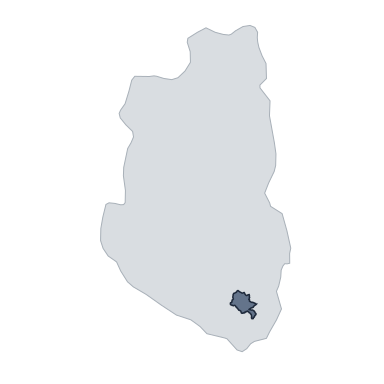 Gakiling, Ha, Bhutan shown in context, rotated 266°
{"feature_id": "84629894B40252407393905", "entity_name": "Gakiling", "entity_type": "district", "adm_level": 2, "iso_a3": "BTN", "parent_name": "Bhutan", "parent_adm1": "Ha", "projection": "natural_earth1", "projection_center": [89.208, 27.137], "detail": "fine", "context": "in_parent", "style": "filled", "palette": "slate", "viewbox_px": 384, "rotation_deg": 266, "n_neighbors": 0, "source": "geoboundaries", "source_scale": "gbopen_adm2", "svg_char_len": 5470}
<svg xmlns="http://www.w3.org/2000/svg" viewBox="0 0 384 384"><g transform="rotate(266 192 192)"><path d="M310.5,162.2L309.9,164.9L307.2,171.9L305.5,179.7L307.0,186.0L313.2,193.5L321.5,199.5L332.1,200.0L341.7,197.7L345.6,198.6L351.0,208.7L354.8,217.4L349.7,226.3L347.0,234.2L346.0,239.8L346.7,242.2L349.8,246.7L353.5,254.4L354.1,261.5L351.8,266.2L346.8,268.6L341.5,267.9L337.1,268.0L331.6,268.8L323.0,271.4L315.0,274.8L300.0,274.2L293.9,267.2L291.1,267.1L277.5,276.2L262.6,274.6L235.5,277.6L224.2,278.4L212.6,277.3L206.7,275.4L195.7,269.1L185.8,264.4L175.7,268.7L172.2,269.4L164.1,280.4L146.6,284.0L129.1,286.6L123.9,285.1L114.1,284.5L113.7,281.9L114.0,279.5L111.8,277.5L107.8,275.5L100.9,274.6L92.1,271.9L87.0,269.3L69.1,273.1L58.6,267.4L46.8,259.5L40.8,256.0L38.6,243.8L36.5,239.9L31.9,235.7L29.2,230.9L31.3,225.9L43.2,216.6L44.1,214.4L49.6,197.0L57.2,190.7L64.6,181.9L70.3,167.9L81.2,153.6L93.2,138.9L101.4,126.9L106.9,121.4L118.1,115.4L127.5,111.9L134.0,103.9L141.9,99.4L149.9,97.4L161.9,98.5L173.2,101.3L185.6,105.3L187.0,108.5L186.0,114.2L184.2,120.0L184.2,122.9L186.1,124.6L198.2,125.7L213.0,124.7L221.3,125.6L239.9,130.9L245.3,134.6L251.0,137.5L256.5,137.0L263.5,130.8L270.9,125.6L275.5,124.8L278.7,126.5L284.7,131.4L296.9,136.1L307.8,139.7L311.4,143.0L310.2,157.4L310.5,162.2Z" fill="#d9dde1" stroke="#a8b0b8" stroke-width="1"/><path d="M65.3,247.2L65.6,247.3L65.8,247.2L66.0,247.3L66.3,247.3L66.5,247.1L66.7,246.9L66.9,246.7L67.1,246.5L67.3,246.4L67.6,246.4L67.8,246.3L68.2,246.2L68.5,246.0L68.6,245.9L69.0,245.7L69.1,245.4L69.2,245.1L69.4,245.0L69.5,244.9L69.7,244.7L69.9,244.5L70.0,244.4L70.0,244.2L70.1,243.8L70.0,243.0L70.1,242.9L70.2,242.6L70.4,242.2L70.5,241.7L70.6,241.2L70.7,240.9L70.9,240.7L71.0,240.8L71.1,241.0L71.3,241.2L71.4,241.3L71.4,241.6L71.5,241.8L71.8,242.2L71.9,242.3L72.0,242.4L72.1,242.6L72.1,242.9L72.1,243.0L72.3,243.2L72.3,243.6L72.4,243.9L72.4,244.1L72.4,244.3L72.6,244.6L72.7,245.0L72.8,245.1L73.0,245.0L73.4,245.3L73.5,245.4L73.7,245.6L73.8,245.9L73.9,246.0L74.1,246.1L74.3,246.4L74.6,246.7L74.7,247.1L74.8,247.3L74.9,247.5L75.0,247.7L75.1,247.8L75.4,248.2L75.5,248.3L75.5,248.2L75.9,248.0L76.0,247.9L76.3,247.8L76.4,247.6L76.4,247.3L76.5,247.1L76.6,246.9L76.6,246.7L76.8,246.5L77.0,246.4L77.1,246.2L77.2,245.8L77.3,245.8L77.6,245.2L77.6,244.8L77.7,244.7L77.8,244.6L77.7,244.2L77.8,243.6L78.1,243.2L78.4,242.9L78.5,242.7L78.7,242.4L78.7,242.2L78.8,242.0L78.9,241.9L79.0,241.8L79.2,241.7L79.4,241.8L79.6,241.8L79.9,241.8L80.1,241.8L80.4,241.8L80.4,241.7L80.5,241.5L80.6,241.4L80.8,241.2L81.1,241.3L81.3,241.5L81.5,241.6L81.8,241.7L82.1,241.7L82.3,241.8L82.6,242.1L82.9,242.1L83.1,241.9L83.3,241.9L83.7,241.9L83.9,241.9L84.1,242.0L84.5,242.1L84.8,241.9L85.0,241.9L85.4,241.9L85.7,241.9L85.7,241.6L85.6,241.2L85.6,240.9L85.5,240.6L85.1,240.0L85.1,239.8L85.0,239.7L84.9,239.4L85.0,238.9L85.1,238.7L85.9,238.1L86.0,238.0L86.1,237.9L86.4,237.7L86.8,237.6L87.3,237.5L87.4,237.4L87.7,237.2L87.9,237.1L88.1,237.0L88.1,236.9L88.0,236.7L88.0,236.4L87.8,236.0L87.7,235.9L87.6,235.6L87.6,235.4L87.8,234.7L87.9,234.4L88.0,234.3L88.1,234.2L88.3,233.9L88.4,233.7L88.6,233.5L88.6,233.4L88.7,233.2L88.8,233.0L89.1,232.6L89.4,232.3L89.6,232.1L89.7,231.9L89.8,231.7L90.1,231.4L90.3,231.3L90.4,231.1L90.5,231.0L90.5,230.9L90.4,230.5L90.3,230.3L90.2,230.2L89.9,229.9L89.3,229.6L89.2,229.5L89.1,229.4L88.8,229.1L88.8,228.9L88.7,228.9L88.6,228.6L88.6,228.4L88.4,228.0L88.4,227.9L88.3,227.7L88.1,227.5L88.0,227.4L87.9,227.0L88.0,226.8L88.0,226.6L87.7,226.4L87.4,226.2L87.0,226.0L86.9,225.9L86.6,225.9L86.4,225.9L86.1,225.9L85.8,225.7L85.7,225.7L85.2,225.6L84.5,225.4L84.3,225.4L83.9,225.4L83.8,225.5L83.7,225.6L83.1,225.6L82.8,225.7L82.6,225.7L82.4,225.8L82.2,225.6L81.8,225.3L81.7,225.2L81.6,224.8L81.6,224.7L81.2,224.6L80.8,224.4L80.6,224.3L80.5,224.2L80.4,224.2L79.9,224.1L79.7,224.2L79.3,224.0L79.1,223.9L78.9,223.5L78.8,223.3L78.9,222.9L78.8,222.7L78.4,222.5L78.2,222.5L77.9,222.5L77.7,222.5L77.4,222.5L77.2,222.5L76.9,222.6L76.8,222.9L76.7,223.2L76.6,223.3L76.4,223.6L76.3,223.9L76.1,224.1L76.2,224.5L75.8,225.0L75.6,225.2L75.6,225.3L75.7,225.5L75.8,225.8L75.9,226.1L76.0,226.3L75.8,227.0L75.6,227.1L75.4,227.3L75.2,227.5L74.9,227.6L74.6,227.7L74.5,227.8L74.4,227.8L74.2,228.1L73.8,228.3L73.8,228.5L73.6,228.5L73.3,228.7L73.1,228.9L73.0,229.0L72.9,229.2L72.7,229.4L72.4,229.5L72.1,229.6L71.8,229.9L71.7,230.0L71.4,230.1L71.1,230.4L70.8,230.5L70.8,230.8L70.6,231.1L70.6,231.3L70.5,231.5L70.4,231.6L70.2,231.7L70.1,231.8L70.0,232.1L69.8,232.3L69.7,232.4L69.4,232.5L69.1,232.5L68.4,232.7L68.1,232.7L68.0,232.9L67.8,233.0L67.7,233.2L67.6,233.3L67.7,233.6L67.7,233.8L67.5,234.1L67.5,234.3L67.6,234.5L67.8,234.8L67.9,235.0L67.8,235.4L67.7,235.5L67.7,235.8L67.9,236.1L68.0,236.4L68.4,236.5L68.5,236.5L68.5,236.9L68.5,237.1L68.5,237.3L68.8,237.4L68.9,237.5L69.0,237.6L69.1,238.3L68.9,238.6L69.0,238.8L69.1,239.1L69.3,239.3L69.1,239.6L68.9,239.7L68.5,240.0L68.3,240.1L68.2,240.2L68.0,240.4L68.0,240.5L67.9,240.7L67.7,240.7L67.7,240.8L67.4,241.1L67.2,241.3L66.8,241.6L66.5,241.8L66.3,242.0L66.2,242.0L65.8,242.3L65.7,242.5L64.8,242.7L64.6,242.7L63.9,242.7L63.7,242.8L63.4,242.8L62.9,242.7L62.4,242.5L62.2,242.7L61.8,242.7L61.6,242.9L61.4,243.0L61.4,243.4L61.4,243.6L61.4,243.8L61.4,244.0L61.5,244.3L61.8,244.4L62.0,244.4L62.3,244.5L62.6,244.8L62.9,245.0L62.9,245.3L63.0,245.4L63.0,245.5L63.6,245.8L63.8,245.8L64.0,245.8L64.3,246.0L64.5,246.1L64.6,246.4L64.7,246.5L64.8,246.8L65.0,247.0L65.3,247.2Z" fill="#64748b" stroke="#1e293b" stroke-width="1.5"/></g></svg>